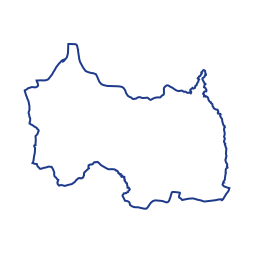 Kenedougou, Kénédougou, Burkina Faso, rotated 95°
{"feature_id": "67063806B9375485614542", "entity_name": "Kenedougou", "entity_type": "district", "adm_level": 2, "iso_a3": "BFA", "parent_name": "Burkina Faso", "parent_adm1": "Kénédougou", "projection": "albers", "projection_center": [-4.927, 11.414], "detail": "fine", "context": "isolated", "style": "outline", "palette": "blue", "viewbox_px": 256, "rotation_deg": 95, "n_neighbors": 0, "source": "geoboundaries", "source_scale": "gbopen_adm2", "svg_char_len": 5743}
<svg xmlns="http://www.w3.org/2000/svg" viewBox="0 0 256 256"><g transform="rotate(95 128 128)"><path d="M179.0,21.8L178.9,23.1L177.8,27.2L176.6,28.6L176.1,28.9L174.2,28.4L174.1,28.1L173.9,28.4L173.1,28.2L171.3,27.1L167.3,27.0L164.1,26.6L164.0,26.9L160.9,27.0L159.9,26.7L159.4,26.3L158.9,25.4L158.4,25.4L157.6,26.1L155.8,25.9L154.8,26.4L153.9,27.3L151.7,28.1L150.7,28.2L149.8,27.7L148.6,27.9L147.6,27.4L145.2,28.2L139.7,28.2L138.7,29.0L137.1,29.4L136.3,30.0L135.8,30.1L135.3,29.7L133.8,31.0L132.8,31.2L130.9,30.7L130.0,30.6L128.3,31.6L126.2,31.1L123.7,31.4L121.7,32.2L119.7,32.2L118.9,31.5L118.2,31.8L118.1,32.0L117.4,32.1L117.3,32.7L116.8,33.2L113.4,34.6L110.9,35.1L108.7,36.9L107.7,37.3L107.1,37.0L106.3,36.9L105.9,37.2L105.7,39.7L105.1,39.9L103.8,39.5L102.2,40.2L101.9,40.7L102.0,41.7L101.1,43.9L100.6,44.5L99.9,44.6L99.2,45.5L96.9,46.0L95.9,47.5L95.2,47.6L94.6,49.0L92.7,50.4L91.5,50.6L90.3,51.5L89.5,53.1L90.0,53.2L90.0,53.7L89.6,54.5L89.8,55.1L88.1,55.2L87.4,56.2L87.0,56.2L86.4,55.5L85.3,55.3L84.9,54.8L84.7,53.3L84.3,53.1L83.2,53.2L81.4,54.4L80.8,55.8L78.3,55.5L77.5,54.6L77.3,54.7L76.5,55.9L73.0,58.1L71.9,58.1L70.9,56.7L69.9,56.1L68.8,56.0L68.4,55.0L67.4,55.1L67.1,55.5L65.7,56.0L64.4,56.2L63.9,56.8L63.7,57.6L64.1,58.3L65.4,59.0L66.0,59.7L66.4,59.8L67.0,59.2L67.5,59.3L68.2,60.0L69.7,60.4L70.4,61.7L71.2,61.9L71.8,62.6L72.5,62.9L72.9,62.4L73.0,61.8L73.5,61.4L74.1,61.9L75.7,62.0L76.3,62.4L78.1,63.3L79.4,63.4L80.1,64.5L80.6,64.7L82.1,64.7L83.1,66.4L82.4,67.2L84.4,69.2L85.0,69.3L86.4,68.2L87.1,68.1L88.0,68.5L87.2,69.9L87.8,71.4L87.8,72.0L86.8,73.8L87.0,75.6L86.0,77.7L86.8,80.7L86.7,81.7L86.1,83.7L83.8,87.7L83.5,88.8L82.1,91.7L82.1,93.0L83.1,94.3L84.6,95.5L85.5,95.7L90.5,95.2L91.8,95.5L92.9,97.2L93.9,97.8L94.8,98.8L94.9,101.2L95.4,103.4L96.2,105.1L97.8,107.5L98.0,108.3L96.1,111.2L96.9,116.2L96.2,119.0L96.4,119.9L96.8,121.1L98.1,122.7L98.3,124.0L98.7,124.8L98.5,126.0L97.4,127.4L96.8,129.4L95.9,131.0L93.3,133.0L90.9,134.0L88.7,135.7L87.7,137.3L87.4,138.8L87.3,141.3L87.9,151.8L87.8,153.1L87.4,156.0L86.6,158.4L84.3,160.7L79.5,163.2L77.2,164.7L76.4,167.6L76.5,168.9L75.9,172.2L75.0,175.1L73.7,176.3L71.3,178.3L66.2,181.6L63.7,182.5L55.5,184.5L54.2,184.5L53.4,185.0L50.1,186.0L49.1,187.5L49.4,194.2L49.6,194.8L57.5,194.4L59.3,194.4L62.5,195.0L63.5,195.4L67.0,197.9L67.2,198.2L65.7,198.2L66.3,199.3L66.8,199.9L70.2,202.6L74.0,205.0L76.3,205.9L78.9,207.3L81.1,208.2L86.3,211.6L86.5,211.8L87.3,213.3L87.8,215.0L88.0,216.8L88.1,219.0L88.7,223.2L90.1,222.6L91.6,221.7L93.0,221.4L93.4,221.5L93.7,221.3L94.4,221.8L95.2,222.8L95.6,223.7L95.6,226.7L95.7,227.7L96.5,229.4L96.9,230.7L98.5,232.4L99.4,234.0L99.6,234.2L100.8,233.8L104.6,232.2L106.5,231.2L107.8,230.7L109.5,229.7L111.4,229.0L112.1,228.9L113.7,228.4L115.6,228.0L117.4,227.9L118.1,227.7L118.9,227.8L120.6,228.3L121.9,228.3L123.3,227.6L125.5,227.2L126.4,226.5L126.9,226.3L129.5,226.1L130.9,226.5L131.9,226.5L131.9,226.1L132.5,225.8L132.9,225.2L133.0,224.5L133.1,224.4L133.6,223.2L134.8,221.3L134.8,221.1L135.1,220.7L135.7,219.1L136.6,218.6L137.6,217.1L138.3,216.8L139.3,216.8L139.7,217.2L141.2,217.4L143.1,218.5L143.9,219.3L144.3,219.4L145.1,219.3L147.9,218.8L151.4,218.8L153.0,218.6L153.3,219.6L153.7,219.9L154.5,219.8L156.0,218.8L160.3,218.7L162.3,218.8L163.9,219.1L168.4,219.3L170.4,219.6L171.2,220.1L171.5,219.2L171.8,217.6L171.8,215.7L172.9,215.3L174.2,214.6L175.6,212.8L176.1,212.5L176.3,212.0L176.0,210.5L175.2,208.9L174.2,205.5L173.4,204.0L173.4,200.7L175.3,199.4L175.7,199.0L177.2,198.4L178.0,197.9L178.8,197.6L180.9,197.5L182.4,197.0L183.0,196.5L183.6,195.4L185.3,194.0L185.6,193.4L185.8,192.9L187.9,193.5L188.7,193.6L189.1,193.3L189.9,193.2L191.4,191.6L190.7,190.0L190.7,189.3L190.7,188.6L191.2,185.9L190.0,182.9L188.9,179.5L188.6,178.9L186.5,176.4L184.5,175.1L182.4,173.1L182.4,172.6L182.0,172.0L182.0,171.7L182.3,171.2L182.1,170.7L182.2,169.7L181.7,169.2L181.5,168.7L180.9,168.3L180.0,168.2L179.5,167.9L178.9,167.7L177.4,167.9L176.2,167.7L175.7,167.4L175.5,166.9L175.1,166.6L174.5,166.3L172.9,164.7L172.5,164.5L171.6,163.4L170.7,164.0L170.3,163.9L169.8,164.1L168.5,163.9L168.5,163.4L167.6,162.3L167.4,161.7L167.5,161.0L167.2,160.1L165.4,159.0L165.0,158.5L165.1,157.8L164.8,157.4L164.7,156.1L164.4,155.5L164.5,155.1L165.0,154.7L165.3,154.0L167.4,151.6L170.5,144.9L170.8,143.4L170.4,140.5L170.4,137.7L170.8,137.0L171.2,136.6L171.1,136.4L171.6,135.9L171.5,135.2L172.1,134.4L172.5,134.2L172.8,133.9L173.3,133.8L173.7,133.2L174.0,133.4L174.5,132.5L174.5,131.9L174.6,131.6L174.8,131.6L174.6,131.2L175.4,130.9L175.9,130.6L175.9,129.5L176.2,129.5L177.0,129.7L176.8,129.0L177.0,128.7L177.1,129.0L177.3,128.4L177.1,127.5L177.7,127.5L177.7,127.3L178.4,127.2L179.1,127.2L179.4,126.8L179.9,126.6L180.4,126.9L180.9,126.7L181.8,125.7L182.6,125.5L183.2,124.2L183.5,124.1L184.9,123.9L186.9,123.2L187.5,123.3L187.6,122.8L187.3,122.5L187.4,121.9L188.7,121.0L189.0,120.9L189.7,121.2L190.5,122.1L191.7,122.3L192.0,122.7L192.4,123.7L193.1,124.3L193.0,124.8L193.6,125.9L193.6,126.6L194.5,126.9L195.4,127.5L196.2,127.5L197.9,126.3L200.7,124.7L200.8,122.9L201.3,121.1L201.9,120.3L202.4,119.9L204.5,119.3L205.7,117.1L205.9,116.2L206.3,115.3L206.2,114.8L206.3,113.7L206.1,111.0L206.4,109.1L206.9,105.3L206.9,103.5L206.7,102.7L205.7,101.7L201.4,99.3L200.2,98.5L198.6,96.8L197.9,95.2L197.7,93.9L197.7,88.3L197.8,87.1L198.7,83.5L198.7,82.8L198.3,81.9L197.8,81.3L196.2,80.5L194.3,80.1L192.9,79.6L191.1,79.4L188.4,78.7L188.1,78.5L187.8,77.7L187.7,76.3L187.8,72.5L187.9,70.9L188.1,70.6L188.5,70.6L190.6,71.1L192.0,71.2L192.8,71.0L193.7,69.1L195.0,67.8L193.2,61.7L192.5,57.6L192.7,55.4L193.3,53.0L193.8,48.8L194.5,46.3L194.5,45.0L192.4,35.0L191.2,31.0L190.9,28.2L191.6,28.2L191.4,27.7L190.5,27.0L185.1,24.4L182.7,22.8L180.7,22.0L179.0,21.8Z" fill="none" stroke="#1e3a8a" stroke-width="2"/></g></svg>